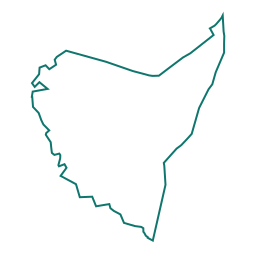 the district of Santa María Jaltianguis, Oaxaca, Mexico
{"feature_id": "50627088B4458408307451", "entity_name": "Santa María Jaltianguis", "entity_type": "district", "adm_level": 2, "iso_a3": "MEX", "parent_name": "Mexico", "parent_adm1": "Oaxaca", "projection": "albers", "projection_center": [-96.545, 17.361], "detail": "fine", "context": "isolated", "style": "outline", "palette": "teal", "viewbox_px": 256, "rotation_deg": 0, "n_neighbors": 0, "source": "geoboundaries", "source_scale": "gbopen_adm2", "svg_char_len": 1142}
<svg xmlns="http://www.w3.org/2000/svg" viewBox="0 0 256 256"><path d="M31.7,97.8L32.2,96.3L33.0,106.9L38.7,113.0L41.3,120.2L43.4,124.5L49.2,130.4L46.2,133.1L45.8,134.8L50.7,142.2L51.3,148.2L51.9,152.9L54.4,154.9L59.3,153.6L60.3,155.1L60.2,158.3L58.4,165.1L59.0,166.3L64.5,164.2L66.5,167.8L60.6,175.9L76.0,184.2L79.8,197.2L92.2,196.7L96.1,206.3L104.4,204.9L109.3,204.1L110.4,208.2L113.8,210.9L120.4,214.4L124.0,222.9L135.1,226.1L141.2,226.9L143.3,228.2L143.4,231.8L144.3,232.9L145.8,235.7L147.8,237.2L147.7,237.8L152.8,240.6L165.5,184.8L164.3,165.8L163.8,162.9L176.6,148.6L181.2,145.2L187.1,139.0L191.7,133.9L199.1,108.0L208.6,89.2L212.3,84.3L215.7,72.3L224.1,52.6L224.1,43.1L224.3,35.9L223.6,31.4L222.7,15.4L221.5,17.8L220.8,18.7L220.1,19.6L216.3,24.0L214.7,25.6L209.9,28.4L210.2,28.8L213.6,35.0L190.3,53.3L183.1,57.4L169.0,68.0L158.9,75.7L152.6,75.9L149.1,75.4L145.1,74.3L133.0,71.1L128.9,69.7L106.1,61.8L98.2,59.6L91.7,57.8L66.1,50.7L62.1,53.4L56.8,56.9L55.6,58.5L54.7,59.8L56.1,64.7L49.3,69.2L45.6,65.3L39.6,67.6L39.1,74.2L32.0,83.1L34.7,86.9L39.4,82.2L47.6,88.9L32.7,91.6L31.7,97.8Z" fill="none" stroke="#0f766e" stroke-width="2"/></svg>